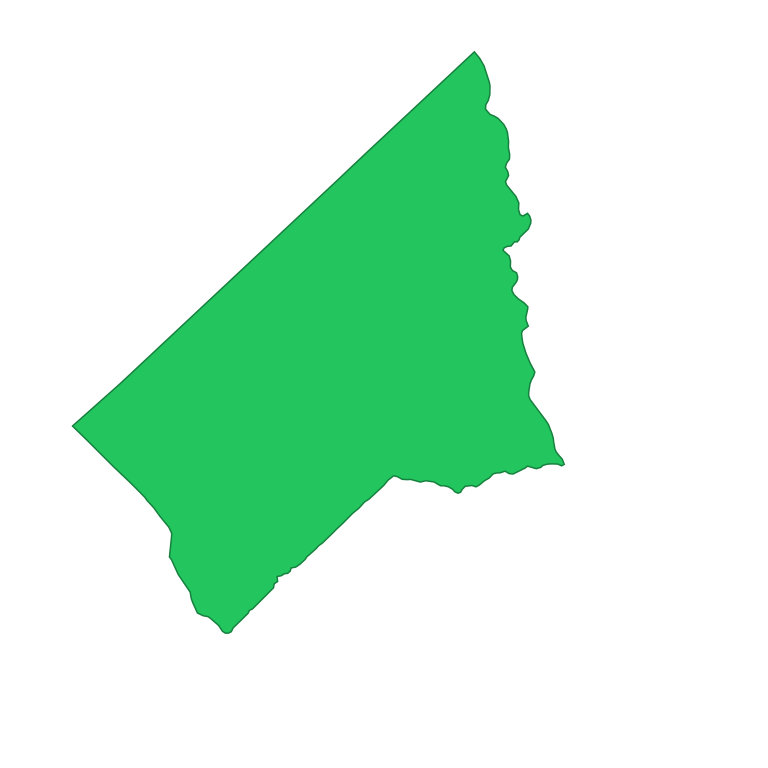 outline of Rio Crespo, Rondônia, Brazil, rotated 317°
{"feature_id": "56859067B97929575878105", "entity_name": "Rio Crespo", "entity_type": "district", "adm_level": 2, "iso_a3": "BRA", "parent_name": "Brazil", "parent_adm1": "Rondônia", "projection": "equal_earth", "projection_center": [-62.748, -9.686], "detail": "fine", "context": "isolated", "style": "filled", "palette": "green", "viewbox_px": 768, "rotation_deg": 317, "n_neighbors": 0, "source": "geoboundaries", "source_scale": "gbopen_adm2", "svg_char_len": 2442}
<svg xmlns="http://www.w3.org/2000/svg" viewBox="0 0 768 768"><g transform="rotate(317 384 384)"><path d="M564.7,366.4L568.0,367.4L571.0,369.7L576.4,369.0L578.3,370.9L581.1,370.7L583.5,369.3L595.2,369.1L601.1,366.4L603.3,364.2L605.0,360.6L605.4,357.1L600.2,355.9L599.0,353.0L601.4,348.1L606.1,343.5L608.4,336.7L608.7,331.8L609.4,322.1L610.8,318.9L617.3,316.5L619.3,313.2L620.6,308.2L624.3,306.1L629.1,305.1L632.4,301.9L636.3,295.8L640.5,291.6L645.7,284.4L647.3,281.0L648.6,276.0L648.6,267.6L647.4,263.4L645.4,259.2L645.7,252.2L648.9,249.2L653.5,247.8L658.7,244.6L664.8,238.3L666.8,235.2L674.1,219.6L676.1,211.1L676.6,202.7L619.6,202.8L527.3,202.9L489.3,203.2L398.0,203.4L191.4,203.8L127.5,202.3L128.4,220.9L129.8,260.1L131.1,281.6L131.5,291.1L131.8,303.8L131.3,307.4L131.2,317.7L129.9,327.9L129.0,342.0L127.0,348.2L124.9,350.4L109.1,364.2L108.8,367.5L106.9,373.1L103.6,383.0L100.3,404.0L96.6,409.7L95.0,413.5L91.4,424.2L93.6,430.0L96.7,434.2L97.3,437.7L98.4,447.7L97.2,454.6L98.0,457.9L100.3,460.1L103.4,461.0L107.3,459.5L128.2,459.0L131.2,457.8L134.4,458.8L164.2,457.7L167.5,455.2L171.5,455.9L174.5,451.9L178.2,454.2L181.6,454.8L184.5,456.8L187.8,456.9L190.6,455.2L194.6,457.7L199.7,458.5L206.7,458.5L210.2,457.7L212.8,457.9L221.9,458.1L225.7,457.7L230.6,458.3L240.3,458.1L246.1,458.0L249.8,457.8L258.3,457.8L272.9,457.2L281.2,457.7L289.5,457.0L294.6,458.0L314.6,458.0L321.2,457.1L328.4,457.7L330.6,460.8L332.3,466.1L336.0,470.0L338.4,471.9L343.7,480.5L348.5,483.2L353.8,489.8L354.9,493.7L356.0,497.1L358.7,499.6L361.0,503.1L362.4,507.8L362.3,511.1L363.6,514.3L366.2,515.4L369.1,514.4L373.6,514.2L379.1,518.2L381.2,522.0L384.9,522.9L391.6,523.3L396.7,524.5L402.5,524.2L405.5,525.7L408.4,528.2L413.1,530.3L414.4,534.9L417.1,537.9L429.8,541.7L433.0,542.0L437.6,549.8L441.8,551.9L444.7,551.9L448.8,554.0L452.3,556.9L456.5,561.1L458.1,565.0L461.0,565.7L463.1,560.6L463.2,555.6L463.6,551.2L464.6,548.2L468.6,542.0L470.8,539.1L473.0,534.8L476.6,525.8L477.4,521.3L479.8,499.2L480.2,495.1L481.7,491.4L483.9,489.0L490.6,483.6L494.3,481.7L499.1,480.1L502.5,478.1L505.2,468.2L508.9,458.1L513.5,448.6L516.6,444.1L519.1,440.8L521.8,439.4L525.0,439.7L529.0,440.1L531.4,434.2L533.3,431.9L539.9,427.4L541.9,425.6L541.8,420.3L540.3,413.4L540.0,407.2L541.3,402.9L543.8,400.8L550.2,399.7L553.0,398.5L555.0,396.6L556.8,393.0L555.3,388.6L556.2,384.6L560.5,380.3L562.9,375.7L562.2,367.3L564.7,366.4Z" fill="#22c55e" stroke="#15803d" stroke-width="1.5"/></g></svg>